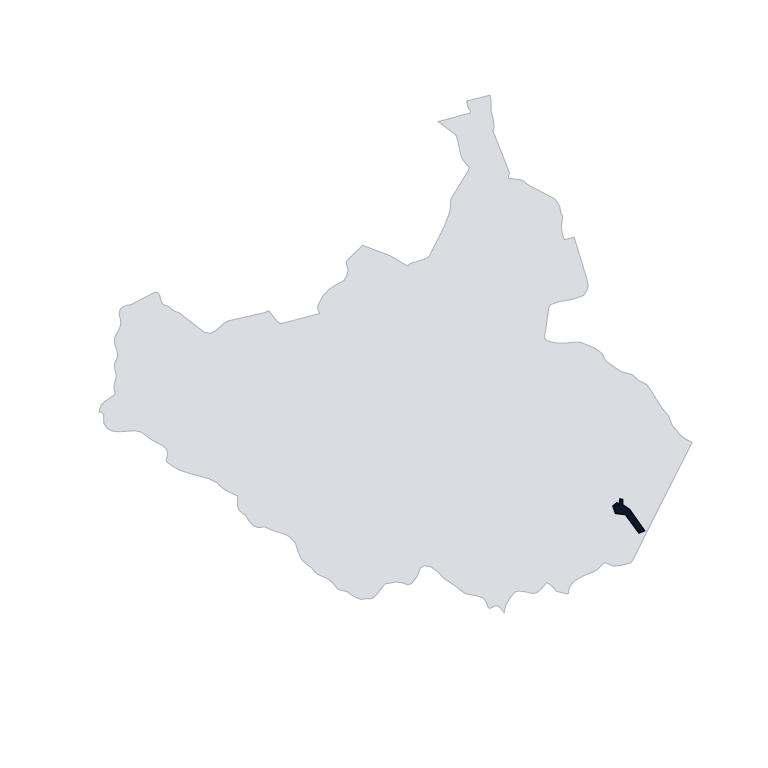 Kapoeta South, Eastern Equatoria, South Sudan (highlighted), rotated 345°
{"feature_id": "79223893B10541432646171", "entity_name": "Kapoeta South", "entity_type": "district", "adm_level": 2, "iso_a3": "SSD", "parent_name": "South Sudan", "parent_adm1": "Eastern Equatoria", "projection": "robinson", "projection_center": [33.621, 4.545], "detail": "fine", "context": "in_parent", "style": "filled", "palette": "ink", "viewbox_px": 768, "rotation_deg": 345, "n_neighbors": 0, "source": "geoboundaries", "source_scale": "gbopen_adm2", "svg_char_len": 3977}
<svg xmlns="http://www.w3.org/2000/svg" viewBox="0 0 768 768"><g transform="rotate(345 384 384)"><path d="M600.6,593.8L579.9,617.3L578.4,618.8L575.9,620.6L567.5,620.6L558.8,619.5L550.8,613.4L542.7,618.1L537.6,619.6L534.5,620.1L527.3,620.9L517.1,623.4L512.5,626.6L510.1,629.1L508.0,633.7L507.0,634.2L505.1,633.6L502.5,631.8L497.1,629.1L494.4,623.3L491.8,619.7L489.8,617.9L481.2,623.7L477.0,625.1L473.6,624.9L467.3,621.6L460.4,618.8L456.9,618.8L451.6,622.3L445.6,627.6L442.4,632.8L440.9,635.9L438.8,631.1L436.8,628.2L433.9,627.0L428.1,628.2L426.7,626.5L426.4,622.5L425.6,618.8L424.1,616.0L419.7,613.2L408.2,607.5L399.4,596.2L394.9,591.0L391.7,587.6L387.1,578.7L381.8,572.6L375.5,569.8L371.3,571.2L367.0,577.7L358.8,583.9L355.1,584.1L350.3,580.8L344.3,578.4L333.5,577.3L329.0,580.3L323.2,585.0L318.2,587.8L315.2,588.1L312.3,587.0L309.1,586.4L306.3,586.3L300.5,582.0L297.5,578.8L295.5,575.8L292.3,573.7L288.5,572.0L285.7,569.3L284.4,565.9L282.2,561.6L279.4,557.7L270.6,550.7L268.0,546.5L266.2,542.5L262.6,538.0L258.8,532.1L257.6,523.4L257.4,516.3L256.6,513.1L255.0,509.9L253.1,507.1L250.1,504.0L242.9,499.5L235.5,494.3L232.0,491.2L225.2,490.1L221.2,487.1L217.8,480.6L216.5,475.3L213.1,471.2L211.6,468.3L210.8,464.8L213.6,454.5L209.7,450.8L203.8,446.0L199.7,440.8L197.1,436.0L189.6,429.7L173.3,420.2L163.9,414.2L158.7,408.8L154.3,403.5L153.8,401.3L156.8,396.0L157.2,391.6L154.9,386.8L145.1,377.8L137.3,367.8L131.4,364.7L117.2,361.9L113.1,360.8L108.8,358.9L104.7,354.5L103.2,349.1L105.4,340.7L104.0,338.1L101.6,337.4L102.3,335.6L105.0,331.5L109.4,328.8L121.2,324.6L121.9,323.0L122.2,317.7L123.1,315.1L127.2,307.7L127.8,304.8L128.0,298.6L128.6,295.6L129.8,293.5L133.0,289.9L134.1,287.6L134.6,282.9L134.3,273.4L136.0,269.6L143.5,261.0L145.5,257.2L146.2,253.7L146.1,250.2L146.6,246.8L148.8,243.4L150.7,242.4L156.2,241.3L159.9,242.0L186.0,236.1L189.0,236.9L190.3,240.4L190.2,246.0L190.6,248.7L192.0,250.6L196.1,253.3L198.9,257.7L200.4,259.3L204.6,262.3L223.9,287.7L229.3,290.1L234.6,289.3L245.2,284.0L250.4,282.7L287.2,284.2L291.3,283.4L291.6,283.5L297.2,296.2L299.8,299.1L340.2,299.3L339.4,295.6L340.0,291.6L347.1,283.8L348.1,282.9L354.3,279.1L360.4,276.6L372.1,273.7L376.4,269.1L378.8,264.9L378.9,256.6L380.5,255.3L383.3,253.3L396.8,245.9L399.1,244.4L423.0,261.6L436.4,275.2L437.2,275.9L437.9,276.1L438.6,275.7L439.2,275.0L440.8,274.4L446.6,274.3L457.4,273.6L461.0,272.0L482.9,247.6L488.4,239.9L489.8,238.3L493.0,232.7L496.3,223.2L497.0,222.2L520.9,199.4L521.8,197.6L522.0,196.1L518.4,188.5L517.6,184.6L517.5,178.6L518.2,169.2L518.0,163.3L517.6,161.7L517.5,161.4L504.2,144.6L537.8,144.5L537.9,142.3L537.8,141.7L537.1,139.7L536.8,137.0L536.8,135.5L537.0,134.1L537.0,133.4L536.9,132.7L536.9,132.4L537.1,132.1L561.2,132.5L560.9,137.2L558.0,148.4L558.0,155.1L557.3,162.7L556.5,165.0L555.2,166.8L554.8,167.7L554.8,168.6L559.8,211.3L559.4,213.1L558.1,215.8L557.8,216.7L557.7,217.4L558.2,217.8L569.4,222.4L569.9,222.7L570.3,223.1L574.4,228.6L596.3,248.9L597.1,249.9L599.3,256.3L599.6,257.3L599.7,258.8L599.6,260.0L599.1,263.8L599.2,265.5L599.6,266.6L599.9,268.0L599.9,268.4L599.7,269.3L596.5,276.7L595.4,281.9L595.1,286.3L595.3,288.9L595.6,290.5L595.9,291.2L596.3,291.4L605.8,291.4L605.7,293.8L607.0,332.4L607.0,336.7L606.6,342.2L605.5,344.3L602.8,347.4L599.4,350.2L590.9,350.9L583.8,350.8L578.7,350.2L571.8,349.9L565.3,350.5L562.9,352.9L554.3,373.4L551.7,378.5L551.0,381.5L551.8,383.3L555.1,385.9L562.5,389.6L570.9,391.7L577.2,392.6L581.5,393.6L584.9,394.7L596.9,404.0L600.7,408.4L602.9,412.2L603.3,416.3L605.1,420.4L616.0,433.3L626.4,439.3L630.4,446.1L634.3,449.5L637.9,453.0L639.9,458.4L644.4,473.8L647.5,481.9L650.6,488.5L651.9,499.3L654.3,504.1L656.9,510.0L661.1,515.3L665.5,519.3L666.4,520.4L621.2,570.7L600.6,593.8Z" fill="#d9dde1" stroke="#a8b0b8" stroke-width="1"/><path d="M573.5,561.2L574.1,568.9L583.4,572.6L591.7,593.9L597.7,593.2L588.7,568.7L583.3,562.4L584.6,557.3L582.2,556.1L579.8,561.7L578.3,559.0L573.5,561.2Z" fill="#0f172a" stroke="#020617" stroke-width="1.5"/></g></svg>